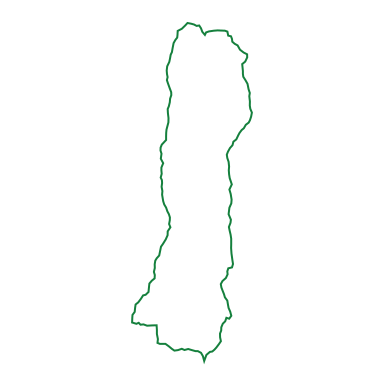 Pacaembu, São Paulo, Brazil (Robinson projection)
{"feature_id": "56859067B55834981696597", "entity_name": "Pacaembu", "entity_type": "district", "adm_level": 2, "iso_a3": "BRA", "parent_name": "Brazil", "parent_adm1": "São Paulo", "projection": "robinson", "projection_center": [-51.275, -21.497], "detail": "fine", "context": "isolated", "style": "outline", "palette": "green", "viewbox_px": 384, "rotation_deg": 0, "n_neighbors": 0, "source": "geoboundaries", "source_scale": "gbopen_adm2", "svg_char_len": 2721}
<svg xmlns="http://www.w3.org/2000/svg" viewBox="0 0 384 384"><path d="M204.2,361.0L206.4,354.9L209.9,351.9L212.3,351.5L214.4,349.7L216.3,347.6L219.0,344.0L220.9,341.2L220.1,337.4L220.0,333.6L221.2,330.5L221.3,327.3L222.8,323.7L225.2,321.3L226.4,317.8L229.2,318.7L231.3,315.8L230.2,311.6L228.6,308.0L228.0,304.8L227.3,300.6L224.9,297.3L224.0,294.2L222.5,290.4L221.4,287.5L220.8,284.1L222.5,281.0L225.9,278.0L227.6,274.3L227.3,271.4L228.3,268.3L232.0,267.4L233.0,264.0L232.4,260.1L231.5,253.6L231.1,248.0L231.2,244.2L231.2,238.7L230.6,234.7L229.8,231.3L228.9,227.0L230.5,222.8L230.9,219.7L229.7,216.8L228.6,214.2L229.4,207.7L231.3,203.4L231.6,199.6L230.7,194.0L229.4,189.5L231.8,184.4L229.7,178.1L229.1,174.3L228.8,170.3L229.1,166.6L228.6,161.8L227.3,158.0L226.8,154.7L227.9,151.8L230.0,148.0L232.5,145.2L233.4,141.7L236.3,139.4L238.3,135.2L239.6,132.8L241.7,130.0L243.8,128.3L245.8,124.8L248.7,122.6L249.9,120.3L251.1,116.7L251.9,112.6L250.3,108.8L249.8,105.6L249.9,101.4L249.3,96.2L249.8,93.0L248.6,89.3L247.5,83.8L245.4,80.1L243.3,76.8L242.9,73.9L242.9,71.1L242.6,68.0L242.2,64.1L245.2,61.6L247.2,57.4L247.1,54.3L243.6,52.5L240.0,49.7L237.6,45.4L234.7,43.8L232.3,41.7L232.0,39.0L231.0,36.3L228.2,35.6L227.4,31.6L224.9,30.7L222.4,30.6L217.6,30.4L213.8,30.7L209.0,31.4L206.1,32.4L204.9,34.9L202.3,31.8L201.0,28.3L199.2,25.5L196.6,25.9L194.0,24.5L191.1,23.7L187.5,23.0L185.2,25.5L181.8,28.8L177.7,30.9L177.5,34.8L177.2,37.6L175.4,39.9L173.6,43.1L172.6,48.2L171.9,52.2L170.7,54.7L170.0,58.6L169.3,61.9L167.2,66.3L166.7,70.5L167.0,74.1L167.6,77.1L166.9,80.1L167.8,82.9L169.7,88.2L171.2,92.2L171.3,95.1L170.1,98.7L169.8,102.3L168.8,106.4L167.7,109.0L167.9,113.0L168.5,118.1L168.4,122.4L166.5,129.6L166.2,132.8L166.1,136.2L166.1,140.0L161.8,144.6L160.6,147.6L160.5,150.5L161.5,153.7L160.8,158.7L163.2,163.2L161.4,167.6L161.4,170.5L161.7,173.8L160.7,177.6L161.9,180.1L162.1,183.0L161.6,186.8L162.4,191.1L162.1,194.7L163.2,201.2L164.2,204.4L166.1,207.6L167.4,211.4L168.9,214.2L169.9,217.4L169.8,220.3L169.1,224.0L170.4,227.3L167.7,231.3L167.6,235.2L165.8,239.3L162.9,244.0L161.0,246.7L159.9,252.1L159.2,255.5L156.7,258.3L155.3,260.6L154.7,264.2L154.8,268.0L153.9,271.9L154.8,275.0L154.6,278.4L151.8,280.7L149.4,283.5L149.0,287.0L148.5,292.0L145.6,294.8L143.1,295.4L141.0,298.7L138.3,302.3L135.6,304.5L135.1,307.9L134.7,311.9L132.5,314.9L132.3,317.7L132.1,322.5L136.4,323.8L138.7,322.8L140.5,324.7L143.5,324.4L147.1,325.7L152.3,325.4L156.6,325.3L156.9,329.9L156.9,334.0L157.9,339.1L157.5,342.9L159.9,343.9L165.5,343.9L168.8,346.3L171.8,348.8L174.4,350.6L178.0,350.1L181.8,348.8L184.5,350.0L188.2,349.0L191.5,350.0L195.4,351.1L197.8,351.1L201.0,352.8L202.9,356.1L204.2,361.0Z" fill="none" stroke="#15803d" stroke-width="2"/></svg>